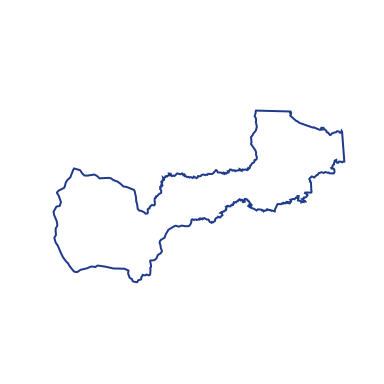 outline of Pak Phli, Nakhon Nayok, Thailand, rotated 210°
{"feature_id": "78962969B43215001089078", "entity_name": "Pak Phli", "entity_type": "district", "adm_level": 2, "iso_a3": "THA", "parent_name": "Thailand", "parent_adm1": "Nakhon Nayok", "projection": "mercator", "projection_center": [101.301, 14.217], "detail": "fine", "context": "isolated", "style": "outline", "palette": "blue", "viewbox_px": 384, "rotation_deg": 210, "n_neighbors": 0, "source": "geoboundaries", "source_scale": "gbopen_adm2", "svg_char_len": 6048}
<svg xmlns="http://www.w3.org/2000/svg" viewBox="0 0 384 384"><g transform="rotate(210 192 192)"><path d="M146.9,311.0L177.3,294.5L177.0,293.1L176.5,292.6L175.6,288.9L173.9,288.1L172.4,286.3L171.6,284.4L168.5,281.0L167.4,277.1L168.2,272.6L167.9,271.6L168.3,269.0L165.4,264.9L164.8,263.0L157.8,259.7L156.2,258.2L155.2,256.3L153.3,254.6L152.5,253.0L152.9,251.6L153.8,250.9L153.7,250.2L153.1,249.6L153.1,248.7L154.3,246.8L154.3,244.6L154.7,243.9L154.0,241.4L154.5,240.7L155.0,240.8L154.7,239.8L155.5,239.8L155.3,238.5L156.8,238.3L158.4,237.0L159.2,237.0L159.6,236.1L159.4,235.2L160.4,235.2L160.8,235.8L161.8,235.7L161.3,235.3L161.2,234.8L162.4,234.6L162.6,233.9L164.3,232.7L164.9,231.7L165.8,232.1L166.4,231.6L167.0,231.6L167.7,230.7L169.0,231.0L170.3,230.5L170.2,229.2L171.0,228.3L170.2,228.3L170.1,227.1L171.0,226.6L171.4,225.3L172.7,225.2L172.7,223.9L173.4,223.9L173.7,224.5L174.4,224.6L174.6,224.4L174.2,223.6L174.6,223.3L176.6,223.3L179.4,221.9L181.5,223.1L182.2,223.0L182.9,219.3L183.7,217.5L187.0,215.9L187.2,214.6L188.1,214.5L188.9,213.2L191.1,212.8L192.3,211.3L192.3,210.2L193.6,209.2L194.7,208.8L194.5,207.6L194.9,206.3L196.2,206.4L196.9,206.0L198.1,206.3L198.4,204.5L200.1,204.3L201.0,204.0L201.3,203.3L203.0,203.2L203.7,202.5L205.2,202.6L206.0,202.1L206.5,202.4L206.8,203.3L207.3,203.4L207.4,202.4L207.8,202.1L208.8,202.9L209.8,203.2L210.6,201.7L214.1,200.7L215.2,197.1L216.5,196.8L217.3,195.7L217.8,195.7L218.7,196.5L220.2,196.2L220.1,196.9L221.3,196.4L220.7,195.6L219.7,195.3L220.8,194.7L221.2,193.2L222.1,193.0L222.2,192.3L222.7,192.2L222.5,191.5L223.3,190.5L222.8,189.5L224.1,189.8L223.1,188.7L223.4,187.6L222.9,187.4L223.7,185.6L223.1,184.9L222.5,185.1L222.2,183.3L221.7,183.6L221.0,183.0L221.3,182.6L221.0,181.6L222.1,180.9L222.1,180.2L220.9,179.2L221.0,178.6L219.4,177.9L218.3,175.9L219.8,173.1L220.0,171.1L221.0,170.2L220.4,169.1L221.1,168.1L220.5,166.5L218.1,163.0L218.0,162.0L218.2,161.4L220.2,160.7L221.0,158.8L220.6,156.5L221.3,156.1L221.7,154.8L219.9,152.1L219.9,151.2L220.4,150.7L221.4,150.0L223.1,150.5L226.6,150.3L228.4,149.5L230.6,150.3L233.6,154.2L235.8,156.2L237.5,159.0L242.1,164.1L243.4,164.8L251.0,163.7L254.2,162.5L257.6,163.3L261.6,163.8L265.8,163.0L269.0,163.3L271.4,162.5L278.9,157.6L282.5,158.4L285.3,158.3L290.9,153.8L293.5,152.5L296.5,153.2L298.8,154.5L300.1,154.9L305.9,153.4L305.9,151.4L304.7,143.9L305.9,140.1L306.0,137.1L304.9,132.9L304.9,131.5L308.2,126.5L308.7,124.1L308.5,123.7L305.5,122.1L300.4,117.7L299.6,114.0L299.9,113.4L301.8,112.0L302.1,111.3L302.0,105.6L299.8,103.1L294.7,99.2L292.4,96.5L291.8,95.1L291.8,92.7L291.4,91.3L288.3,86.7L288.4,84.1L288.0,83.1L284.8,80.1L281.2,78.3L275.1,73.7L271.1,71.0L266.0,68.8L263.5,68.2L261.5,66.9L257.4,65.2L254.9,64.3L253.2,64.3L251.2,65.5L249.6,68.9L244.7,73.5L242.5,76.5L241.3,77.5L238.2,78.7L237.2,80.8L236.4,81.4L228.6,84.4L222.0,86.4L212.1,91.8L207.7,92.2L206.7,89.6L203.0,86.5L200.4,86.5L199.2,85.4L198.2,85.1L194.8,86.2L194.3,86.9L194.5,88.5L192.4,90.9L193.3,92.9L193.1,94.3L193.3,95.5L191.0,96.3L190.0,97.8L187.8,98.2L187.0,99.3L187.2,100.1L189.0,103.8L190.1,105.1L190.0,106.3L190.5,107.6L193.8,111.4L193.6,112.0L190.8,113.9L190.2,114.9L189.6,116.8L190.1,120.3L188.6,123.1L188.3,125.2L188.8,126.1L191.0,127.9L192.7,130.1L194.8,132.0L195.2,133.5L195.0,134.9L192.9,138.8L193.6,142.4L193.5,147.6L190.0,153.8L189.2,154.7L186.1,155.4L184.0,157.8L180.5,159.1L178.1,160.6L177.4,161.5L177.2,163.0L177.5,165.7L178.4,167.1L178.3,168.2L177.4,168.7L176.3,168.7L176.0,169.4L174.5,170.3L173.8,170.2L172.8,171.4L171.8,171.7L171.6,172.1L172.2,172.6L171.9,173.1L171.0,172.9L170.8,173.5L170.1,173.5L169.6,174.3L169.1,173.9L168.2,175.6L165.4,175.6L163.9,176.3L161.7,175.0L160.5,175.1L160.0,175.8L159.5,175.3L158.6,176.3L157.6,178.5L158.3,180.0L158.0,181.7L156.8,183.1L157.0,183.6L154.9,184.0L154.6,185.9L154.0,187.0L155.4,188.6L156.9,188.2L156.3,189.6L154.6,191.0L154.7,191.6L153.6,193.0L154.0,193.3L153.8,194.4L154.2,194.6L154.2,195.7L155.2,196.1L154.4,197.8L153.9,198.1L153.1,197.9L151.5,198.8L151.7,199.6L151.0,200.8L150.5,200.9L150.7,201.5L150.0,201.7L150.6,203.9L149.8,204.0L149.5,205.0L148.6,205.1L148.2,206.9L147.4,207.6L147.3,208.2L147.7,208.6L147.1,209.6L145.5,209.1L145.0,210.2L143.7,210.2L143.0,208.7L142.6,208.7L141.5,210.0L142.6,210.7L142.8,212.1L142.4,212.2L142.5,212.6L142.1,212.9L141.6,212.5L140.2,213.1L139.3,212.3L138.5,212.5L137.1,211.9L137.0,211.5L133.9,210.6L133.7,209.8L134.2,209.3L136.0,209.4L136.3,208.0L133.8,207.7L130.1,208.4L126.8,208.3L126.5,209.6L126.1,209.7L126.0,209.3L125.9,210.1L122.9,211.5L122.5,211.5L122.2,211.0L121.0,211.6L120.3,211.0L119.1,213.0L118.5,213.2L118.4,214.4L117.6,214.4L117.6,214.8L116.0,214.9L115.5,215.5L113.9,215.4L113.7,215.9L110.7,216.5L111.4,218.5L111.9,224.3L108.5,226.2L108.4,227.0L107.5,227.3L107.6,227.8L107.0,228.0L107.2,228.4L105.2,229.1L105.3,230.6L104.0,231.3L103.5,230.4L101.7,231.0L101.5,233.1L102.2,233.1L102.0,234.6L102.7,234.7L101.0,236.5L99.6,237.0L99.2,239.0L98.0,239.4L98.7,241.3L97.5,241.8L96.0,237.7L92.8,238.7L92.3,238.4L92.1,237.7L89.0,240.4L89.7,240.7L91.0,239.9L91.9,241.0L93.0,241.0L91.9,242.2L92.4,243.1L90.8,244.3L90.3,246.7L90.5,247.2L91.1,247.1L92.0,247.8L93.6,247.5L93.7,248.1L88.4,251.2L88.9,252.6L89.6,253.2L93.5,259.4L94.0,259.9L95.0,259.9L95.2,260.8L96.9,261.8L96.8,263.2L96.0,265.4L93.4,265.7L92.5,268.9L91.7,269.9L91.6,271.8L89.7,273.9L87.4,274.4L86.6,275.9L84.2,276.5L83.4,277.2L82.4,276.9L78.6,278.9L78.6,280.6L79.9,282.5L80.9,283.0L82.7,282.1L83.5,282.4L82.9,283.6L83.5,285.6L82.8,286.9L83.5,288.1L83.5,289.2L84.1,290.5L83.1,291.9L82.1,290.4L81.0,289.9L79.9,290.6L79.9,291.8L78.3,292.7L76.8,292.8L76.6,293.6L75.3,294.5L92.2,319.3L93.0,319.7L92.5,318.2L93.3,317.3L95.2,317.8L96.7,317.2L97.2,315.7L98.4,314.7L100.1,312.6L100.4,311.0L101.0,310.3L103.9,311.5L105.3,311.1L106.3,312.2L108.3,312.6L109.3,312.1L110.2,313.3L112.1,312.3L111.9,311.1L111.1,310.7L112.5,309.7L119.1,308.8L119.6,308.2L133.2,305.6L135.9,305.9L137.5,305.7L144.9,307.2L145.3,307.6L145.1,308.7L146.1,309.9L146.7,309.6L147.3,310.4L146.5,310.7L146.9,311.0Z" fill="none" stroke="#1e3a8a" stroke-width="2"/></g></svg>